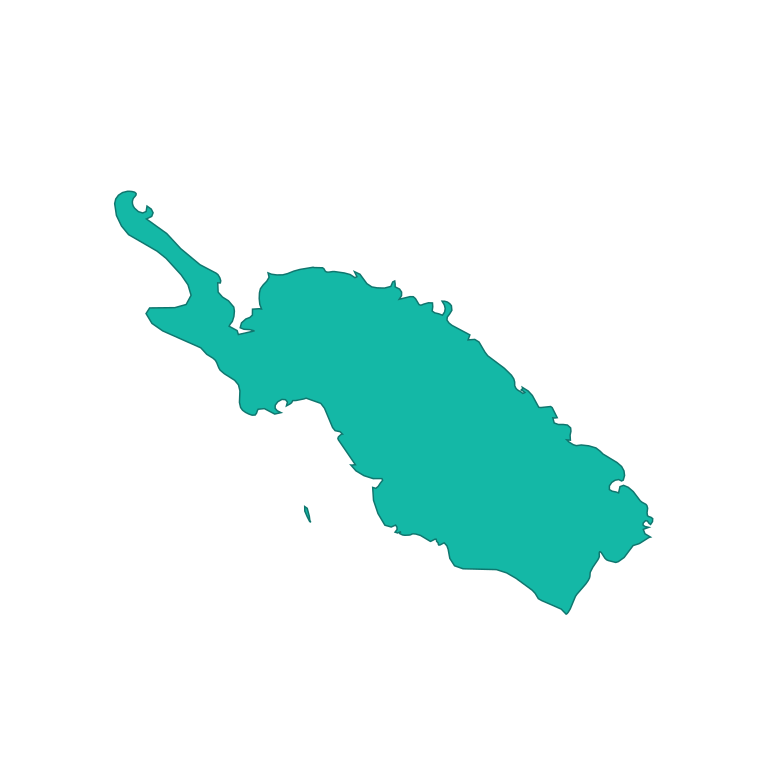 the Province of Pinar del Río, rotated 64°
{"feature_id": "CUB-1321", "entity_name": "Pinar del Río", "entity_type": "Province", "adm_level": 1, "iso_a3": "CUB", "parent_name": "Cuba", "parent_adm1": "", "projection": "mercator", "projection_center": [-83.796, 22.394], "detail": "fine", "context": "isolated", "style": "filled", "palette": "teal", "viewbox_px": 768, "rotation_deg": 64, "n_neighbors": 0, "source": "natural_earth", "source_scale": "10m", "svg_char_len": 4691}
<svg xmlns="http://www.w3.org/2000/svg" viewBox="0 0 768 768"><g transform="rotate(64 384 384)"><path d="M670.7,321.2L664.0,323.4L647.8,337.2L644.6,339.4L638.5,339.9L634.3,341.2L616.4,350.6L607.5,356.6L600.1,364.3L584.7,394.0L578.3,400.3L569.6,401.3L560.7,398.8L557.0,398.4L553.2,399.5L553.1,400.3L553.2,404.3L552.7,405.4L551.7,405.4L550.4,405.0L548.5,405.7L547.3,405.3L546.3,405.2L545.8,406.4L545.9,410.5L545.8,411.3L536.1,417.6L532.8,421.2L531.3,423.7L531.1,425.1L531.2,426.1L530.9,427.4L529.1,431.6L527.8,433.5L525.4,435.4L524.5,434.5L524.1,433.5L523.9,437.0L522.0,439.0L520.5,436.0L518.3,435.1L515.9,435.4L515.7,440.2L511.3,445.1L497.8,446.2L483.9,444.4L472.0,439.5L474.2,437.1L473.5,434.1L471.5,430.8L469.9,427.4L468.1,427.4L464.3,435.2L457.6,442.2L449.7,447.3L442.3,449.3L442.9,448.3L443.5,446.3L444.0,445.1L414.1,449.5L412.7,449.3L411.6,448.2L410.9,446.1L410.5,444.2L410.8,443.3L407.7,444.3L404.5,448.4L400.6,449.3L379.7,448.1L373.7,449.3L362.6,460.2L362.3,462.5L360.2,470.5L358.9,473.3L360.3,475.2L360.7,477.0L360.9,481.3L357.9,478.7L354.9,479.4L353.1,482.5L353.4,487.3L355.4,491.1L358.1,492.5L361.2,491.7L364.6,489.1L363.1,495.4L353.7,502.3L351.5,508.2L352.5,509.6L354.3,511.3L355.4,513.4L354.2,516.2L351.7,518.7L348.8,520.9L345.6,522.6L342.3,523.2L337.2,522.0L327.0,516.5L321.0,515.2L315.2,516.6L304.8,523.0L299.8,525.2L297.1,525.4L291.5,525.0L288.7,525.2L285.8,526.4L279.6,530.3L271.2,532.8L239.3,559.6L227.8,566.0L216.4,567.0L212.9,561.3L223.7,538.5L225.8,527.0L219.7,518.5L208.9,516.7L196.9,518.5L175.5,524.8L165.0,529.8L137.8,548.1L126.9,550.7L115.2,550.6L103.8,547.0L100.1,544.0L97.9,539.9L97.3,535.1L98.3,530.2L99.2,528.3L100.6,526.0L102.3,524.0L104.1,523.3L105.4,524.0L106.2,525.5L106.9,527.3L107.8,528.6L109.7,530.2L111.9,531.1L114.3,531.4L116.7,531.1L121.4,529.2L124.5,525.9L124.7,522.2L120.2,519.0L124.8,516.5L128.9,516.5L131.5,519.3L131.5,525.2L153.6,513.3L173.2,507.4L196.1,497.1L210.8,486.3L212.9,485.3L216.5,485.0L219.7,485.5L221.4,486.8L220.2,489.1L228.7,492.8L235.0,491.1L241.1,487.3L249.0,485.3L252.9,486.5L257.5,489.3L261.3,492.9L262.9,496.2L264.2,497.9L271.6,492.6L275.7,493.2L279.5,477.1L276.3,480.8L273.4,485.9L270.4,488.6L266.6,485.3L265.0,479.7L265.4,475.4L264.4,472.1L259.1,469.4L261.6,463.2L262.9,461.2L257.9,460.7L252.5,458.7L247.5,456.0L244.2,453.3L242.0,449.2L240.2,444.3L237.7,440.5L233.3,439.5L236.0,437.0L239.0,432.5L241.5,427.2L242.5,422.3L243.0,415.6L244.2,409.3L248.0,396.5L248.7,395.8L252.6,388.3L254.0,387.5L256.9,387.3L258.3,386.4L259.3,384.5L260.4,380.9L261.1,379.4L266.8,371.0L270.8,366.4L275.7,363.5L275.7,361.3L270.1,361.3L274.8,357.5L286.3,355.4L291.4,352.4L294.6,348.0L298.0,341.5L299.3,335.1L296.1,331.4L296.1,329.2L298.9,330.1L301.6,331.4L305.5,328.4L309.1,327.9L312.3,329.5L314.5,333.2L316.9,322.3L318.4,319.4L321.0,318.3L328.0,317.7L329.4,316.3L329.6,313.4L330.5,308.4L332.4,304.9L335.9,306.3L339.5,308.7L342.3,307.2L344.9,304.0L347.8,301.3L345.8,297.9L343.0,295.9L339.4,295.1L335.0,295.5L336.2,293.2L338.1,291.1L340.6,289.7L343.2,289.1L347.5,290.7L349.8,294.3L351.6,297.8L354.2,299.4L357.8,298.8L361.1,297.2L377.5,285.3L381.2,289.1L383.7,282.9L387.9,280.2L399.6,279.3L404.1,278.4L422.7,268.9L432.0,265.6L436.4,265.1L439.5,265.7L442.9,267.3L445.8,267.3L447.7,266.7L451.4,264.3L453.4,263.3L453.4,261.1L451.4,262.0L449.5,263.3L449.1,262.2L449.2,261.6L449.0,261.3L447.7,261.1L453.4,257.5L459.3,255.7L472.8,255.1L473.9,253.4L477.3,244.1L479.0,243.2L490.2,243.1L489.5,245.2L489.1,246.0L488.4,247.1L493.6,248.1L496.8,245.1L499.0,240.6L501.3,237.1L505.3,235.5L508.4,236.7L511.6,239.2L516.2,241.1L514.3,244.2L517.2,243.2L521.5,240.5L523.7,238.2L525.3,233.4L529.3,227.1L534.4,221.5L539.3,219.1L542.9,217.9L556.9,208.9L562.3,206.6L567.3,206.4L571.7,207.9L575.3,211.1L575.3,213.0L572.8,214.9L571.8,218.4L572.3,222.5L574.4,226.1L577.7,227.7L580.4,225.9L582.7,222.9L584.7,220.9L579.7,216.9L580.1,213.1L584.0,209.7L590.0,207.1L601.3,204.9L603.4,203.9L606.9,201.4L608.4,201.0L611.2,201.5L615.0,204.0L617.8,204.9L619.2,204.2L620.8,202.5L622.8,201.5L625.4,203.0L627.1,206.0L625.3,206.9L622.6,207.3L621.5,208.9L622.6,212.0L624.3,213.0L626.4,212.0L628.9,208.9L628.3,214.7L633.0,215.1L638.4,211.6L638.1,213.2L639.3,223.8L639.3,225.1L638.4,230.9L645.2,244.2L646.4,251.3L646.0,253.9L641.0,259.8L639.6,261.0L637.5,261.8L630.9,262.6L629.7,263.1L629.3,263.7L629.7,264.2L630.3,264.7L633.3,266.0L634.4,267.0L635.8,268.9L640.2,276.6L643.5,281.0L644.4,281.7L646.9,283.1L648.4,284.3L650.2,286.7L652.2,290.3L657.5,302.7L658.8,305.0L667.7,315.1L669.8,318.3L670.6,320.0L670.7,321.2ZM474.2,510.5L474.9,510.4L476.2,510.5L474.8,511.1L469.5,511.2L463.5,510.9L459.4,509.0L462.1,507.5L470.1,509.1L474.2,510.5Z" fill="#14b8a6" stroke="#0f766e" stroke-width="1.5"/></g></svg>